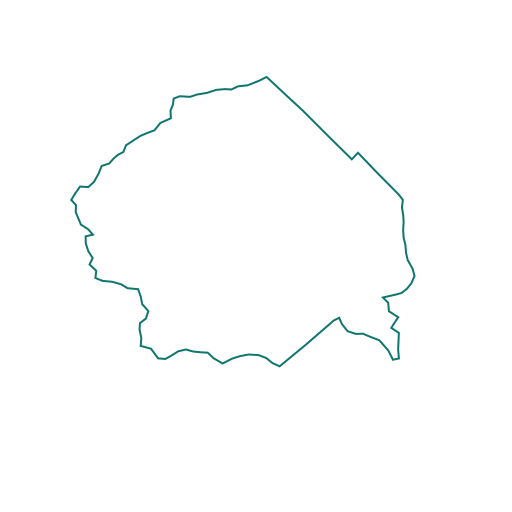 Treviso, Santa Catarina, Brazil, rotated 315°
{"feature_id": "56859067B5615097343728", "entity_name": "Treviso", "entity_type": "district", "adm_level": 2, "iso_a3": "BRA", "parent_name": "Brazil", "parent_adm1": "Santa Catarina", "projection": "natural_earth1", "projection_center": [-49.498, -28.51], "detail": "fine", "context": "isolated", "style": "outline", "palette": "teal", "viewbox_px": 512, "rotation_deg": 315, "n_neighbors": 0, "source": "geoboundaries", "source_scale": "gbopen_adm2", "svg_char_len": 1592}
<svg xmlns="http://www.w3.org/2000/svg" viewBox="0 0 512 512"><g transform="rotate(315 256 256)"><path d="M165.0,85.7L164.7,92.7L159.5,97.6L154.4,109.9L156.2,118.3L155.8,125.6L149.4,121.6L144.5,126.8L140.9,133.9L139.0,142.0L132.3,144.3L132.6,153.5L126.9,158.0L129.9,165.1L136.0,172.4L140.6,180.6L142.4,188.0L149.2,196.1L145.8,203.2L141.5,209.5L140.9,218.8L133.9,222.4L126.5,221.4L121.6,225.7L117.0,232.8L110.9,238.1L116.2,247.3L114.4,259.2L119.1,264.7L125.3,266.5L133.6,268.4L140.3,272.5L144.0,279.1L149.2,285.4L153.5,290.2L153.7,298.3L156.4,308.4L166.6,311.7L173.9,315.5L181.2,320.5L187.8,328.0L191.1,335.4L191.9,343.2L194.7,350.7L227.7,353.9L265.4,356.6L271.1,358.5L268.6,365.0L267.6,373.9L271.5,381.7L276.7,386.6L279.5,393.6L283.6,402.8L282.7,416.5L279.5,426.2L284.6,429.5L290.4,422.6L297.1,416.5L302.7,411.3L300.8,402.5L307.0,401.1L313.3,399.9L310.9,389.1L316.4,382.5L316.4,375.1L327.7,382.2L332.9,385.1L339.6,385.9L346.6,385.1L354.0,382.2L357.7,375.8L360.4,366.1L364.4,359.8L369.6,353.6L373.5,347.2L378.8,341.3L384.5,336.3L388.8,331.4L393.7,324.7L399.5,320.2L400.4,313.2L400.5,283.6L401.1,255.1L392.1,255.4L391.9,224.7L391.9,211.0L391.9,194.6L391.9,186.9L391.0,163.9L390.1,136.9L382.2,134.3L370.8,129.4L363.1,123.2L356.4,120.9L352.1,116.1L345.5,110.5L336.7,106.0L328.6,100.2L321.9,96.8L314.9,89.0L309.1,86.5L304.5,90.1L298.4,92.7L293.2,98.4L282.5,94.3L273.0,95.3L266.5,92.3L259.5,89.4L250.6,87.5L242.4,85.8L235.7,88.7L229.9,86.8L224.3,86.4L217.6,86.8L210.6,83.2L203.0,86.4L194.1,89.0L186.2,88.7L180.7,82.5L173.0,83.8L165.0,85.7Z" fill="none" stroke="#0f766e" stroke-width="2"/></g></svg>